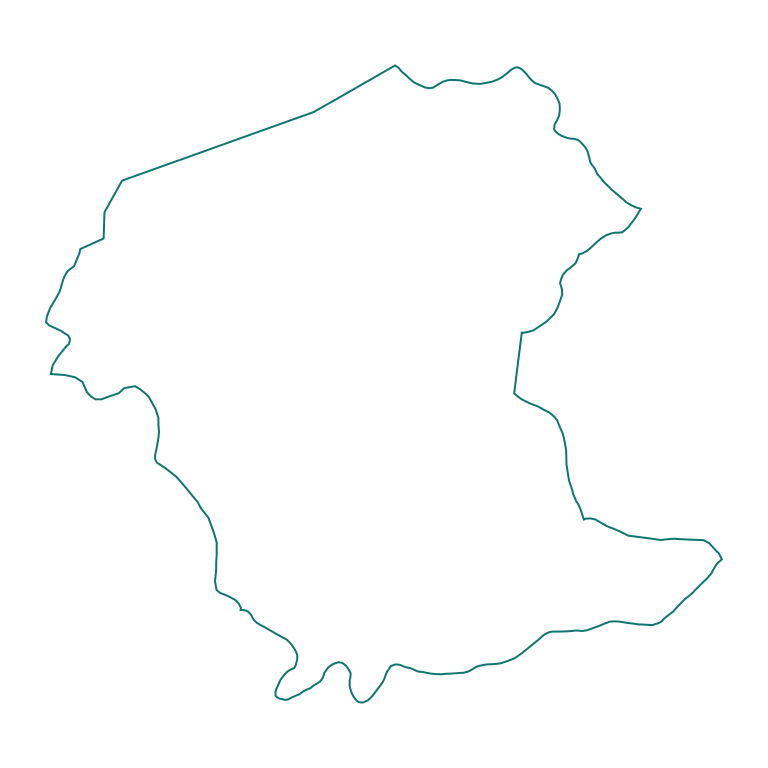 Des Blanchard, Micoud, Saint Lucia
{"feature_id": "8701671B70067848832200", "entity_name": "Des Blanchard", "entity_type": "district", "adm_level": 2, "iso_a3": "LCA", "parent_name": "Saint Lucia", "parent_adm1": "Micoud", "projection": "mercator", "projection_center": [-60.933, 13.812], "detail": "fine", "context": "isolated", "style": "outline", "palette": "teal", "viewbox_px": 768, "rotation_deg": 0, "n_neighbors": 0, "source": "geoboundaries", "source_scale": "gbopen_adm2", "svg_char_len": 5757}
<svg xmlns="http://www.w3.org/2000/svg" viewBox="0 0 768 768"><path d="M240.6,610.0L242.7,609.9L244.7,610.3L246.0,610.6L248.2,611.7L250.8,614.6L251.5,615.5L253.5,619.6L256.6,622.7L261.0,625.3L264.1,626.8L268.7,629.6L273.0,631.9L276.5,634.1L278.8,635.3L282.6,637.4L286.6,639.5L289.5,642.3L290.7,643.7L291.6,644.7L294.2,648.5L295.9,651.5L297.2,654.9L297.3,657.2L297.3,658.6L296.7,661.4L295.8,664.9L294.9,666.8L294.3,668.0L290.7,669.5L287.3,671.7L284.7,674.2L282.9,676.6L280.6,679.7L279.4,682.2L278.1,685.2L276.2,689.4L275.4,692.6L275.6,695.8L276.8,697.1L279.4,698.5L280.5,698.8L282.2,699.2L283.7,699.5L285.8,699.8L288.3,699.4L291.1,697.8L293.5,696.7L296.0,695.6L299.3,694.3L303.6,691.2L306.5,689.7L310.4,688.2L313.3,685.7L317.6,683.2L320.2,681.3L322.7,678.0L323.3,676.3L324.3,672.9L325.2,671.7L326.3,670.2L327.9,667.9L329.6,666.4L332.3,664.5L335.3,663.2L338.8,662.2L342.3,662.9L344.1,664.2L346.6,666.4L348.7,669.7L350.6,673.0L350.5,676.5L349.8,680.0L349.7,681.3L349.7,682.8L349.6,685.8L350.5,689.4L351.6,692.9L353.4,696.4L356.4,700.4L358.7,702.1L360.4,702.4L362.0,702.5L363.5,702.3L366.3,701.1L368.1,700.1L370.9,697.5L372.5,695.8L374.3,693.4L377.1,689.7L379.2,687.0L381.4,684.0L383.0,681.6L384.8,677.6L385.8,674.5L387.0,671.7L388.9,669.2L390.8,666.2L392.6,665.4L395.4,664.4L397.4,664.5L399.7,664.8L401.2,665.4L403.5,666.4L406.1,667.3L410.3,668.1L414.6,670.0L415.5,670.4L417.9,671.5L422.5,672.0L423.7,672.2L427.7,673.0L430.6,673.6L436.3,674.1L441.5,674.2L445.6,673.8L451.2,673.6L457.0,673.2L460.1,672.9L463.3,672.8L466.4,672.0L469.0,671.2L471.3,669.9L473.9,668.2L475.7,667.2L479.3,665.8L481.0,665.5L483.5,664.9L487.3,664.4L493.3,664.1L496.7,663.8L500.6,663.3L504.7,662.0L509.7,660.2L513.8,658.6L516.8,656.9L519.4,654.9L522.0,653.2L523.8,651.5L526.2,649.7L528.3,648.0L528.8,647.6L530.8,645.9L534.2,643.2L535.3,642.3L536.7,641.1L539.1,639.2L542.1,636.3L542.8,635.8L544.4,634.6L546.7,633.3L549.9,632.0L552.7,631.6L556.5,631.6L561.5,631.5L564.9,631.4L567.8,631.3L571.9,631.0L575.8,630.5L578.9,630.7L582.8,631.0L584.0,630.7L586.3,630.4L587.9,629.9L591.2,628.9L592.1,628.5L595.9,627.0L598.5,626.2L602.3,624.6L605.0,623.4L606.6,622.9L608.0,622.4L609.1,621.7L612.8,621.4L616.5,621.4L620.0,621.7L625.4,622.6L631.2,623.4L633.3,623.6L634.6,623.8L638.1,624.4L642.3,624.5L646.7,624.8L648.2,624.8L650.6,625.1L653.0,625.0L655.5,624.0L657.8,623.4L660.2,622.3L661.9,621.0L663.9,618.7L667.7,615.8L670.3,613.7L673.4,611.4L674.9,609.7L676.6,607.6L677.5,606.7L678.8,605.4L681.5,602.5L683.8,600.2L684.7,599.3L686.3,597.9L688.9,596.1L690.5,594.8L693.3,592.1L695.2,589.9L696.5,588.7L697.6,587.7L699.1,586.2L699.9,585.3L701.8,583.5L704.6,580.7L707.2,578.4L709.0,576.1L711.4,573.4L713.2,569.8L714.4,567.8L715.9,565.2L718.2,562.4L719.7,561.3L721.9,559.3L718.8,553.3L716.9,551.6L709.1,543.1L703.6,540.2L697.3,539.9L693.8,539.8L689.6,539.6L679.0,539.1L673.5,538.7L663.9,539.6L661.9,539.9L660.7,540.0L650.2,538.5L628.1,535.6L619.7,531.3L613.9,528.9L606.5,526.0L595.5,519.5L590.4,518.4L588.3,518.5L586.0,518.6L583.9,519.5L580.7,509.9L578.1,503.8L576.4,501.6L573.1,493.8L572.4,490.5L569.0,480.5L568.4,476.7L566.5,464.5L566.3,456.5L566.1,450.1L564.6,441.6L563.8,437.7L562.5,432.9L559.5,426.4L557.2,420.3L554.6,417.0L549.5,412.6L545.5,410.7L537.7,406.3L533.6,404.8L529.0,403.0L522.0,399.5L517.8,396.5L514.2,393.4L517.5,366.5L521.8,332.6L523.5,332.8L527.3,332.1L533.4,330.4L538.3,327.1L546.4,321.7L554.0,314.2L557.6,307.7L561.0,298.1L562.2,294.6L562.0,289.4L560.1,283.3L560.8,280.0L562.5,275.4L566.5,270.6L570.9,267.3L575.6,263.2L577.9,258.0L579.1,254.2L582.2,253.5L584.1,252.4L587.0,250.9L590.1,248.4L592.8,245.8L597.3,241.6L601.0,238.5L605.3,235.8L607.3,234.8L610.3,233.7L614.7,232.7L617.9,232.6L619.1,232.6L620.4,232.5L622.0,232.4L623.6,231.3L628.2,227.3L631.0,223.6L632.6,221.7L633.1,221.0L635.9,217.0L638.0,213.5L640.9,208.8L636.3,207.5L631.4,205.3L626.0,202.1L622.8,199.0L616.9,194.1L611.9,189.8L609.4,187.3L604.5,182.6L601.2,178.5L597.1,173.8L594.9,168.8L593.2,166.4L591.6,164.4L590.1,161.8L589.4,157.7L588.4,154.7L587.8,152.2L586.8,149.9L585.4,147.5L584.4,146.3L583.9,145.7L580.0,141.5L577.8,140.0L574.2,138.8L570.1,138.6L566.2,137.6L561.6,135.8L558.7,134.2L555.5,131.4L554.1,129.3L554.4,125.4L555.6,122.8L556.5,121.4L557.0,120.5L559.1,115.6L559.7,110.9L559.8,108.3L559.6,105.1L559.5,103.5L557.5,98.7L555.5,95.0L555.1,94.3L551.9,90.7L548.3,87.9L544.5,86.4L540.6,85.1L537.2,83.9L534.6,82.9L531.8,80.3L529.2,77.6L526.5,74.0L523.2,70.7L520.8,68.7L517.2,67.2L514.5,67.8L510.9,69.9L507.5,72.9L502.0,77.2L497.8,79.5L492.0,81.7L485.6,83.0L480.3,83.9L472.7,83.5L466.5,82.0L460.4,80.4L457.0,80.1L450.5,79.9L446.9,80.4L445.8,80.8L442.9,81.8L439.4,83.7L433.0,87.7L429.9,88.1L428.9,88.2L424.9,87.4L421.0,85.7L416.2,83.5L413.5,82.0L411.3,80.1L409.2,78.4L406.5,75.7L401.5,71.4L400.6,70.2L398.6,67.9L395.0,65.5L342.2,95.8L313.5,112.1L122.1,180.6L104.5,212.2L103.6,238.5L80.4,249.0L79.2,253.8L76.9,259.4L74.0,266.2L68.5,270.4L66.8,272.2L64.7,276.1L63.9,277.5L61.9,284.0L59.9,290.9L56.5,297.4L50.1,308.1L47.8,314.2L46.9,316.4L46.1,322.3L49.0,325.3L51.4,326.4L60.5,330.6L64.3,333.1L68.3,335.6L70.0,338.9L69.6,341.8L68.8,344.2L66.5,346.0L57.9,356.7L52.7,365.3L51.3,372.1L50.8,374.1L51.6,374.1L64.8,375.0L75.2,377.3L82.5,382.0L87.0,392.3L91.6,397.0L95.6,399.3L101.5,399.3L106.1,397.5L118.8,393.2L124.3,388.1L135.1,386.2L139.1,388.6L140.3,389.3L146.4,394.4L148.9,397.0L155.6,409.2L158.4,417.7L158.4,424.5L159.0,431.9L158.4,437.8L157.0,446.4L155.0,455.6L155.3,459.7L157.0,462.7L164.8,467.7L176.2,476.6L185.4,487.2L197.8,502.3L200.9,508.2L203.8,511.9L208.4,517.7L213.9,532.8L216.7,542.5L216.7,555.2L216.2,561.8L216.2,570.0L215.0,581.3L215.2,582.3L216.5,589.9L219.9,592.8L223.6,594.3L227.4,595.8L234.2,599.3L236.6,601.1L238.9,603.8L240.9,607.9L240.6,610.0Z" fill="none" stroke="#0f766e" stroke-width="2"/></svg>